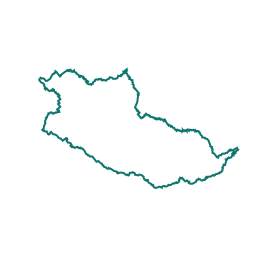 Inverell, New South Wales, Australia (Mercator projection), rotated 133°
{"feature_id": "25037944B83825062814696", "entity_name": "Inverell", "entity_type": "district", "adm_level": 2, "iso_a3": "AUS", "parent_name": "Australia", "parent_adm1": "New South Wales", "projection": "mercator", "projection_center": [150.906, -29.438], "detail": "fine", "context": "isolated", "style": "outline", "palette": "teal", "viewbox_px": 256, "rotation_deg": 133, "n_neighbors": 0, "source": "geoboundaries", "source_scale": "gbopen_adm2", "svg_char_len": 5766}
<svg xmlns="http://www.w3.org/2000/svg" viewBox="0 0 256 256"><g transform="rotate(133 128 128)"><path d="M187.8,189.5L187.8,188.1L187.0,187.8L187.3,186.7L185.9,185.0L187.0,182.7L186.6,182.1L186.8,181.6L186.1,181.1L184.0,181.8L183.3,181.6L183.7,178.8L182.4,176.6L182.1,175.0L182.1,173.4L182.6,172.2L181.6,169.9L181.8,167.1L178.3,166.5L178.4,166.1L177.3,165.9L177.5,164.7L179.3,164.0L179.6,161.9L178.9,161.2L178.3,159.5L178.8,157.9L180.1,158.1L180.3,156.7L179.8,156.6L180.0,156.0L179.5,155.9L179.6,155.3L178.9,154.9L178.9,153.5L176.3,152.2L176.4,150.8L175.9,150.7L175.7,149.6L174.8,149.4L175.0,148.3L174.2,147.9L174.2,144.6L175.6,140.9L174.9,139.4L175.3,138.6L174.5,137.4L174.9,136.6L173.1,134.4L174.2,128.0L172.3,127.1L172.5,125.4L172.0,122.4L172.6,121.5L172.2,120.6L172.5,120.5L172.7,118.9L171.8,117.2L172.1,116.3L171.5,114.8L170.6,114.9L170.7,114.5L169.8,113.7L170.0,113.0L169.5,112.5L169.1,109.5L167.4,105.9L168.2,105.3L168.1,104.5L165.7,103.2L163.8,100.3L163.8,98.1L163.2,96.8L162.6,96.8L162.5,95.4L161.7,95.2L159.6,96.1L157.9,94.5L157.1,94.4L156.5,92.1L157.4,91.0L155.6,88.1L154.5,88.1L153.3,86.3L152.9,83.5L154.0,82.2L154.5,80.5L154.0,80.0L154.1,78.7L153.0,78.6L152.5,77.9L153.7,76.4L153.8,75.1L153.0,72.7L153.6,71.9L152.5,70.9L152.7,70.3L153.4,70.0L153.5,69.2L153.5,68.0L152.8,66.7L149.4,64.9L148.5,62.6L148.0,63.1L146.4,62.6L145.6,61.9L145.6,61.1L144.8,60.2L143.2,59.4L142.0,59.7L140.7,57.9L137.6,57.2L136.9,56.1L135.8,56.1L135.1,55.1L134.7,55.3L134.6,54.4L132.4,54.1L131.2,54.9L131.2,55.4L129.1,55.9L129.2,55.4L128.5,55.4L127.7,54.6L128.2,54.1L127.5,53.0L127.6,52.2L128.1,51.8L128.0,49.7L126.1,49.1L126.3,47.7L125.5,46.6L126.7,46.2L126.4,44.6L124.7,42.8L121.4,41.7L120.4,41.7L119.7,42.4L118.5,42.2L117.8,41.3L117.0,41.6L117.0,40.9L116.4,40.5L116.2,38.4L115.6,37.6L114.6,37.6L113.7,36.4L112.4,36.4L112.0,37.2L111.4,37.3L110.8,36.4L110.2,37.1L109.7,36.1L109.0,36.3L107.5,34.6L104.3,33.7L104.3,32.6L102.8,32.2L101.9,32.4L100.4,31.2L99.3,31.1L98.8,30.3L97.5,30.5L97.1,29.8L94.7,29.9L94.2,30.6L92.7,31.2L92.6,32.0L90.8,32.2L89.6,33.1L88.8,31.8L85.4,33.6L84.4,35.0L83.7,34.0L83.2,34.0L82.9,34.6L81.0,34.3L81.0,33.5L79.0,32.4L76.8,33.2L76.0,32.1L75.5,32.7L76.1,33.4L75.8,34.3L74.1,34.4L73.0,33.6L74.4,33.2L74.3,32.6L73.0,32.2L71.8,33.2L68.8,32.6L68.8,33.6L68.2,34.7L71.6,35.8L72.5,35.3L72.8,36.2L73.6,36.9L73.5,37.8L74.5,38.7L75.0,37.9L76.1,38.8L78.5,38.5L79.2,39.3L80.9,39.8L81.5,40.4L81.5,41.2L81.7,40.8L82.6,41.6L84.4,41.3L85.2,42.3L86.5,42.7L87.8,42.0L87.7,42.7L88.7,42.8L87.9,47.7L88.6,49.2L87.4,50.2L87.0,51.2L85.8,51.6L85.6,53.1L85.2,53.0L84.6,53.8L85.2,55.4L84.8,55.5L82.3,60.5L82.0,62.7L83.0,64.3L82.6,65.1L84.3,67.2L83.5,68.3L83.2,71.1L82.4,72.3L82.8,73.0L82.2,74.2L83.1,75.6L83.9,75.4L84.2,75.9L83.8,77.2L84.5,77.1L84.3,77.5L84.9,78.4L84.6,78.8L86.2,79.8L86.2,80.5L86.8,81.2L88.2,81.3L87.9,82.1L88.4,82.1L88.3,83.3L89.6,83.9L90.3,83.0L90.3,84.1L91.1,85.0L91.7,84.4L92.2,84.8L92.0,86.4L92.5,85.8L93.0,86.2L94.0,86.0L93.8,86.9L94.4,87.5L94.4,88.4L95.2,88.9L95.0,89.6L95.8,90.1L95.7,90.5L96.9,90.6L96.3,91.5L97.2,92.6L96.4,94.3L97.2,95.5L96.8,97.4L97.8,97.5L97.5,99.3L98.4,99.6L97.9,100.9L98.4,101.3L97.7,104.2L96.9,106.2L97.8,106.3L97.4,107.1L98.4,107.0L97.9,107.9L98.5,108.4L98.5,109.0L99.5,109.5L99.1,110.6L100.0,110.9L99.7,111.8L100.6,111.8L100.8,112.7L101.8,112.5L102.5,113.4L102.6,113.8L101.9,114.2L102.3,114.7L102.8,114.5L102.9,115.1L102.2,115.2L102.6,115.3L102.4,115.7L103.3,116.9L103.5,118.0L104.1,118.3L104.7,119.5L104.1,120.3L104.8,121.2L104.4,121.8L105.5,122.6L105.2,124.5L107.6,124.8L107.8,124.0L110.7,124.4L110.6,124.9L111.9,125.1L111.2,130.2L109.0,129.9L108.7,132.3L109.3,132.4L109.1,133.6L108.5,133.5L108.3,136.8L102.7,138.9L98.0,142.3L96.9,143.7L96.5,143.2L96.3,143.8L95.2,143.7L94.3,150.0L94.7,150.1L94.4,151.8L92.9,152.8L92.6,153.4L92.9,154.5L91.5,155.3L91.4,156.2L90.0,157.3L90.7,158.0L90.6,159.8L91.0,160.2L90.3,160.4L90.5,161.1L89.7,161.3L90.2,162.7L89.5,163.3L89.8,163.8L89.0,165.7L89.2,166.5L88.3,167.2L88.4,167.7L87.2,167.9L87.6,168.3L87.2,168.8L86.5,168.5L86.0,169.0L88.7,169.4L88.8,168.6L89.4,168.0L89.9,168.2L90.2,169.2L90.7,168.2L92.0,168.8L93.0,168.5L93.9,169.3L94.9,168.5L96.4,170.8L98.8,169.8L100.5,170.6L102.2,172.5L102.1,173.9L103.4,176.0L105.2,175.5L106.7,176.4L108.3,176.3L109.0,177.9L109.6,178.3L109.5,178.8L110.9,179.5L110.4,181.0L111.2,181.2L111.1,181.9L112.3,182.4L112.2,182.8L113.6,183.3L114.0,184.4L115.4,184.8L116.2,184.2L118.0,184.8L119.8,183.9L120.3,184.5L121.5,184.4L121.6,185.7L122.6,186.2L123.3,188.1L122.8,190.1L121.7,188.6L121.1,188.8L121.6,191.1L121.2,191.8L121.3,193.1L122.3,193.5L122.1,195.0L121.2,195.0L121.0,195.8L122.1,198.1L122.9,197.6L123.8,198.1L123.8,198.8L122.9,200.2L123.5,202.9L122.8,203.6L123.6,205.5L122.6,206.8L123.6,207.1L124.4,206.6L125.2,207.3L125.3,208.0L124.5,209.8L126.1,210.8L126.1,209.9L126.7,209.8L127.2,211.0L126.9,211.5L127.9,211.7L127.8,212.0L135.6,213.4L135.7,212.8L136.7,213.0L135.8,218.8L136.0,219.8L137.3,218.9L137.9,219.5L139.1,219.1L140.2,219.8L145.2,218.5L148.7,219.3L149.6,220.1L149.2,222.9L150.0,224.6L150.6,224.8L150.9,226.2L153.4,225.8L153.9,222.7L153.2,220.4L153.3,218.8L154.3,218.4L155.0,215.7L155.8,215.9L156.1,214.5L154.5,214.3L154.8,211.6L154.5,210.5L153.5,210.3L152.5,208.7L151.7,208.6L151.5,209.7L150.9,209.6L151.1,208.7L150.7,208.8L150.5,208.2L151.3,207.5L151.7,205.0L151.1,205.0L151.6,202.7L150.7,202.5L151.1,200.1L152.5,200.6L153.0,197.1L156.0,197.5L156.4,195.2L158.1,195.5L158.7,192.0L162.8,192.5L163.1,190.4L162.5,190.3L163.0,189.2L164.0,189.8L163.9,190.4L165.9,191.0L165.9,191.5L168.2,192.3L168.2,192.7L168.9,193.0L168.6,193.8L169.0,195.1L170.7,195.4L171.5,196.2L172.0,195.5L173.7,195.5L175.4,194.6L176.3,195.0L176.4,194.4L179.3,193.5L180.3,192.7L180.6,191.8L183.3,191.0L186.0,189.3L187.8,189.5Z" fill="none" stroke="#0f766e" stroke-width="2"/></g></svg>